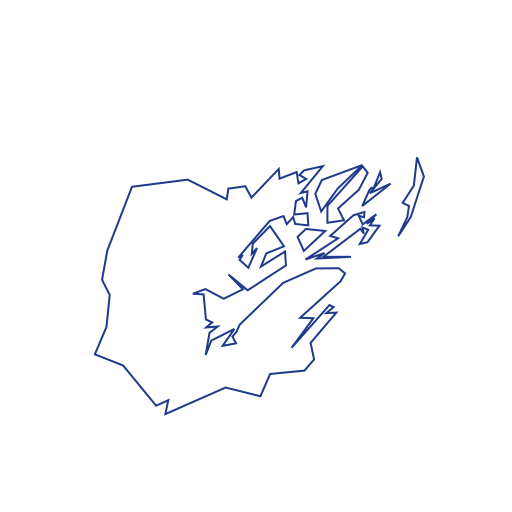 Kragerø nor, Telemark, Norway (Natural Earth projection), rotated 329°
{"feature_id": "86288312B49574496849742", "entity_name": "Kragerø nor", "entity_type": "district", "adm_level": 2, "iso_a3": "NOR", "parent_name": "Norway", "parent_adm1": "Telemark", "projection": "natural_earth1", "projection_center": [9.439, 58.886], "detail": "medium", "context": "isolated", "style": "outline", "palette": "blue", "viewbox_px": 512, "rotation_deg": 329, "n_neighbors": 0, "source": "geoboundaries", "source_scale": "gbopen_adm2", "svg_char_len": 1955}
<svg xmlns="http://www.w3.org/2000/svg" viewBox="0 0 512 512"><g transform="rotate(329 256 256)"><path d="M238.5,379.2L252.5,374.6L258.0,358.6L295.7,345.9L287.0,341.2L296.2,339.7L293.7,335.9L239.2,353.0L273.1,338.9L262.0,331.7L315.5,321.2L323.4,316.8L320.6,309.1L300.9,297.5L265.4,293.0L206.5,306.5L200.2,311.0L194.3,312.8L193.9,320.6L181.1,315.8L199.9,307.4L174.1,305.5L161.9,314.9L176.6,297.9L186.8,296.7L176.5,291.6L184.2,290.4L180.4,284.6L191.3,261.9L182.4,255.8L195.6,258.3L206.3,276.0L227.7,277.8L222.9,257.7L231.2,281.1L276.9,279.5L283.1,267.1L254.9,267.6L266.1,259.1L285.0,262.1L283.4,237.6L259.6,243.8L253.5,252.0L261.0,249.7L243.4,262.1L239.9,250.9L245.2,248.2L240.0,248.2L285.8,233.0L300.1,235.9L298.8,244.5L307.9,241.8L306.1,248.7L316.6,256.7L322.2,245.8L310.1,240.1L318.5,229.5L325.6,229.9L324.0,240.1L333.5,227.1L326.8,225.1L359.5,213.4L341.3,207.3L335.0,209.0L338.7,215.8L329.8,215.6L334.1,205.0L316.0,201.8L320.3,193.1L282.2,203.6L282.7,190.7L267.0,184.0L260.1,192.4L236.8,155.4L185.4,132.8L131.3,174.8L111.8,197.1L110.5,214.1L91.3,239.8L67.2,257.3L85.7,281.4L93.3,332.9L106.6,334.4L96.9,344.8L162.2,353.1L187.5,378.5L207.4,364.4L238.5,379.2ZM360.5,271.3L329.9,277.0L335.5,283.1L296.6,284.5L316.3,288.7L306.8,289.5L337.0,305.6L313.4,291.4L359.4,286.4L360.0,292.3L361.9,286.4L365.7,291.3L351.1,299.2L358.7,301.6L377.4,293.6L369.4,288.4L377.0,284.8L367.5,285.5L380.7,282.2L363.7,283.9L364.8,274.4L368.6,278.5L371.6,274.1L360.5,271.3ZM351.5,224.8L338.9,233.2L334.8,251.4L361.0,240.2L394.1,232.8L351.5,224.8ZM393.6,234.2L343.1,249.8L334.3,264.3L349.8,270.7L350.8,257.5L378.3,252.2L394.6,242.2L393.6,234.2ZM444.8,254.4L427.5,277.0L409.1,286.0L412.9,291.9L405.8,300.5L388.1,312.3L408.7,302.3L440.9,274.3L444.8,254.4ZM312.7,258.5L301.5,261.0L299.6,276.3L328.2,270.2L312.7,258.5ZM405.5,248.1L391.8,258.5L390.1,256.9L386.8,258.1L372.8,267.9L408.7,263.3L385.9,260.8L403.4,254.7L405.5,248.1Z" fill="none" stroke="#1e3a8a" stroke-width="2"/></g></svg>